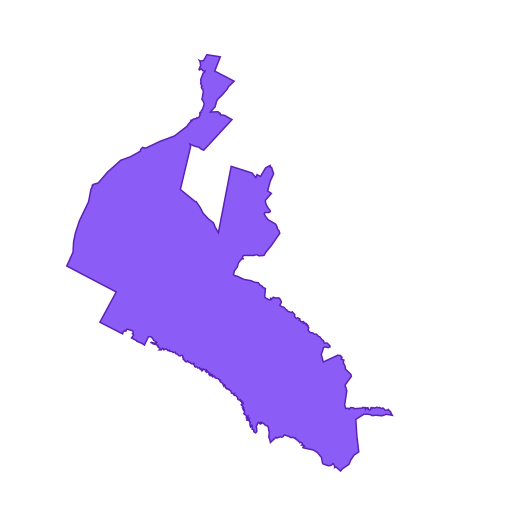 Villa del Carbón, México, Mexico, rotated 108°
{"feature_id": "50627088B23542749511930", "entity_name": "Villa del Carbón", "entity_type": "district", "adm_level": 2, "iso_a3": "MEX", "parent_name": "Mexico", "parent_adm1": "México", "projection": "albers", "projection_center": [-99.483, 19.744], "detail": "fine", "context": "isolated", "style": "filled", "palette": "violet", "viewbox_px": 512, "rotation_deg": 108, "n_neighbors": 0, "source": "geoboundaries", "source_scale": "gbopen_adm2", "svg_char_len": 6132}
<svg xmlns="http://www.w3.org/2000/svg" viewBox="0 0 512 512"><g transform="rotate(108 256 256)"><path d="M165.5,270.6L169.2,274.1L178.9,276.3L178.3,280.2L181.6,280.4L178.3,285.3L178.4,307.3L245.4,299.0L241.0,303.9L237.6,306.7L235.5,312.6L231.7,319.5L227.4,323.8L222.8,329.6L222.9,331.0L216.1,348.5L172.0,352.0L170.0,353.4L170.5,348.5L170.2,344.0L171.3,341.0L171.5,338.4L133.7,321.0L132.0,329.3L132.7,333.7L131.4,334.1L130.6,336.9L133.2,343.9L126.8,341.0L120.9,341.3L118.6,340.8L113.4,338.0L106.2,335.0L103.4,334.5L96.5,330.8L92.9,352.4L77.6,351.5L79.7,364.9L86.5,366.3L87.8,369.4L87.6,370.2L88.7,369.1L92.1,367.5L96.2,367.9L96.5,367.2L94.9,365.9L96.3,363.6L95.8,361.7L97.5,362.0L98.4,362.8L105.5,363.1L107.6,362.1L109.1,362.0L111.1,359.8L111.4,360.3L112.6,360.0L113.7,359.0L113.8,358.1L116.3,356.8L123.9,355.8L124.6,354.5L127.4,352.2L133.0,352.2L135.0,352.9L136.2,352.6L136.8,353.6L137.9,353.6L138.6,352.7L139.7,353.1L141.1,352.8L143.1,354.6L142.9,355.1L143.8,355.4L145.1,357.8L146.2,358.7L147.4,358.8L147.0,359.7L149.3,359.9L151.0,360.9L153.8,361.6L167.0,370.6L176.6,382.7L187.5,394.2L187.7,397.4L190.2,398.6L192.1,398.4L200.6,406.3L206.7,414.2L222.1,423.1L235.3,428.6L238.1,432.8L239.2,433.5L239.3,433.0L243.7,433.6L256.1,432.0L276.9,434.8L289.9,434.9L299.2,433.8L308.9,431.2L324.0,432.9L333.4,377.8L367.2,384.0L371.3,358.8L369.6,358.9L367.7,358.1L367.7,356.5L365.8,356.5L365.4,355.8L365.3,350.1L365.6,349.6L367.4,349.1L368.1,349.5L368.3,348.5L369.3,348.0L372.4,349.1L373.4,343.3L373.9,343.0L374.4,337.3L375.2,334.6L366.0,333.4L365.3,331.0L366.0,329.3L367.8,327.3L368.8,323.6L369.5,323.8L370.3,325.9L370.4,328.8L370.7,329.1L371.4,326.4L371.0,323.3L371.7,322.1L371.3,321.7L372.2,321.0L372.8,321.1L373.6,318.7L374.4,318.4L375.1,318.9L374.5,316.9L372.7,316.4L372.9,315.4L373.7,314.7L372.1,312.9L373.2,310.3L372.4,309.3L373.1,308.9L372.9,305.7L373.4,304.9L372.5,302.9L373.7,302.1L373.6,300.5L374.7,298.6L374.4,297.2L373.4,296.3L373.7,294.7L375.5,294.1L375.9,293.0L376.9,293.1L377.4,291.3L378.2,290.8L378.1,289.1L376.9,288.6L377.8,286.9L377.7,285.3L378.2,285.0L378.4,284.1L378.0,282.4L377.3,282.0L377.7,281.5L378.6,281.6L378.9,280.8L380.1,280.1L380.3,279.1L379.6,278.2L380.5,276.6L379.7,275.2L380.7,274.5L380.4,273.2L381.0,273.4L381.8,272.2L380.8,272.2L381.2,271.4L379.6,271.0L380.3,268.8L379.6,268.0L380.6,267.4L381.5,268.0L381.8,266.9L380.8,266.4L381.8,264.6L382.9,264.2L382.0,263.4L383.7,263.0L382.7,261.7L383.8,261.8L383.7,260.7L383.0,260.4L384.3,259.7L383.1,258.3L384.6,257.1L384.3,254.4L385.3,252.3L385.0,251.5L386.5,251.4L387.4,248.4L389.6,246.6L388.2,246.1L388.3,245.6L390.0,245.0L390.9,243.8L390.7,243.0L391.5,242.5L391.0,240.5L391.7,240.2L391.9,238.5L394.0,236.8L393.8,235.6L394.7,234.2L394.1,233.9L395.1,233.8L395.2,233.2L394.8,231.8L396.9,229.2L397.9,229.0L398.2,227.5L397.4,226.5L398.9,225.9L398.3,224.6L399.6,224.3L399.5,223.4L400.3,223.1L400.0,222.7L400.7,222.6L400.9,223.5L402.1,224.1L403.5,221.3L404.1,221.0L404.7,221.8L405.3,220.4L406.1,220.8L406.6,220.0L406.2,219.5L408.8,218.5L409.7,218.9L411.0,215.6L413.0,215.2L412.9,214.7L410.9,214.1L412.1,213.5L414.9,214.1L414.7,212.9L413.0,211.9L415.1,211.5L415.7,210.9L415.6,210.1L417.4,210.0L419.5,209.0L420.2,208.3L418.3,207.9L418.4,207.3L421.9,206.2L422.0,204.5L423.6,203.8L424.1,203.0L424.3,201.7L422.8,201.0L419.4,202.2L418.2,203.1L413.7,202.5L413.4,202.1L414.1,201.0L413.7,200.7L414.4,199.9L413.7,199.2L412.9,200.1L412.4,199.4L413.1,196.6L414.2,194.7L414.1,192.6L415.3,191.2L418.1,190.0L419.0,189.0L424.5,187.8L426.1,186.3L428.9,184.7L422.2,180.9L422.7,179.8L420.5,177.2L420.3,175.4L419.5,174.5L417.4,173.8L417.4,168.9L417.9,166.9L417.6,165.6L416.9,165.0L417.5,162.2L417.1,162.0L418.1,161.2L418.4,159.3L419.2,158.3L419.4,156.9L420.0,156.6L419.5,156.0L419.6,154.4L420.8,153.5L421.7,154.2L421.7,153.4L421.0,153.0L421.9,151.2L423.4,152.3L423.8,152.0L422.8,141.5L424.0,136.8L427.4,131.5L432.3,128.8L433.0,127.9L433.1,122.3L432.4,120.6L431.2,119.4L429.7,118.8L429.6,118.2L431.8,116.1L432.9,115.9L432.0,114.6L434.4,109.2L431.6,108.0L425.4,103.2L421.1,102.9L415.0,101.2L410.6,97.7L396.6,104.2L380.6,110.6L372.9,104.3L371.5,98.7L371.9,96.0L370.4,92.9L369.1,86.9L366.2,83.0L365.4,77.1L363.7,79.2L363.0,79.3L361.1,82.8L361.7,82.9L362.8,85.5L361.5,87.7L361.4,88.4L362.3,89.6L361.9,91.7L362.6,93.1L362.4,94.3L364.1,96.4L364.0,97.9L364.9,98.5L364.5,99.5L365.2,100.0L366.4,99.7L367.4,100.1L367.4,101.2L365.8,102.5L365.9,102.9L366.7,102.7L366.3,104.5L367.8,104.6L366.6,105.4L367.0,107.7L367.9,108.2L370.9,115.5L370.3,116.3L370.8,119.1L372.9,120.1L372.3,121.4L373.3,123.6L370.1,125.7L355.9,128.0L355.6,128.7L353.0,129.9L352.7,130.9L351.0,131.3L341.0,128.1L340.5,128.3L339.3,129.2L335.8,136.1L333.5,137.0L330.5,140.0L327.8,140.3L327.8,143.1L327.4,143.3L326.0,142.8L325.4,143.3L324.6,145.2L325.1,147.6L336.0,159.2L329.5,163.5L322.0,163.4L321.1,162.3L320.8,158.9L319.5,157.5L318.7,157.8L317.1,160.8L316.9,161.9L317.7,164.4L315.6,165.7L315.2,167.5L313.4,169.9L312.8,172.5L311.7,174.3L312.3,176.3L311.6,178.1L312.0,181.2L310.4,183.5L307.7,183.8L307.1,185.1L306.3,184.9L306.0,186.1L305.4,186.2L305.1,186.9L305.5,187.1L304.9,187.4L305.4,187.9L304.2,189.3L305.2,190.2L303.8,190.8L304.7,193.0L304.0,193.6L303.7,195.1L302.8,194.6L302.2,195.1L301.9,197.3L302.9,198.1L302.6,199.0L301.7,200.6L299.8,201.0L297.9,204.2L298.9,205.3L298.6,209.2L297.8,209.9L297.7,211.0L296.1,213.7L296.3,215.7L295.5,218.1L292.7,217.6L291.4,217.9L289.0,220.5L288.8,221.4L289.9,224.4L289.9,226.9L291.3,227.3L291.7,229.0L292.9,228.1L293.6,229.5L293.0,233.6L292.3,235.1L284.0,237.0L283.7,239.5L282.7,241.1L282.4,243.2L280.7,245.5L281.4,249.5L281.0,253.1L282.0,260.2L281.0,267.6L281.2,270.6L280.7,271.7L276.6,271.9L272.3,270.4L268.0,270.6L263.4,268.8L262.6,267.3L261.4,268.6L260.1,268.4L259.1,267.5L256.2,258.3L254.5,255.8L254.9,253.2L253.0,248.6L249.6,247.9L241.4,244.7L227.1,240.4L224.7,242.1L223.9,243.6L221.4,245.3L219.6,247.2L217.7,255.8L214.8,259.9L213.1,261.2L211.9,261.0L210.8,257.5L210.1,256.5L209.2,256.2L208.3,256.7L206.8,259.1L203.9,262.2L201.1,264.1L199.9,264.2L191.7,260.7L190.6,265.0L180.7,265.6L172.4,264.6L166.9,268.6L167.2,269.7L165.5,270.6Z" fill="#8b5cf6" stroke="#5b21b6" stroke-width="1.5"/></g></svg>